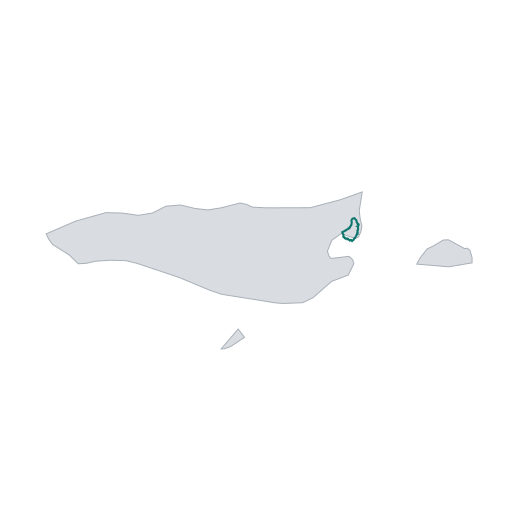 Fatumean, Cova Lima, East Timor (highlighted), rotated 202°
{"feature_id": "22284137B11881161065747", "entity_name": "Fatumean", "entity_type": "district", "adm_level": 2, "iso_a3": "TLS", "parent_name": "East Timor", "parent_adm1": "Cova Lima", "projection": "natural_earth1", "projection_center": [125.027, -9.247], "detail": "fine", "context": "in_parent", "style": "outline", "palette": "teal", "viewbox_px": 512, "rotation_deg": 202, "n_neighbors": 0, "source": "geoboundaries", "source_scale": "gbopen_adm2", "svg_char_len": 4288}
<svg xmlns="http://www.w3.org/2000/svg" viewBox="0 0 512 512"><g transform="rotate(202 256 256)"><path d="M181.5,355.2L177.2,336.4L172.6,328.3L169.1,323.7L167.9,318.0L168.1,312.1L170.2,309.4L185.5,308.6L191.6,299.0L191.6,287.3L188.5,283.4L185.5,281.8L169.7,290.5L165.1,288.9L162.4,285.7L163.3,272.9L176.4,260.8L187.4,238.9L195.2,230.2L213.2,222.1L220.5,219.8L273.1,207.7L285.7,206.9L319.0,207.3L363.6,204.6L374.7,203.0L389.0,197.7L402.8,191.1L410.2,185.9L417.9,182.2L429.3,186.9L448.8,190.5L454.0,193.6L458.9,197.9L436.2,220.9L411.4,240.0L396.1,245.7L380.3,249.6L368.2,257.0L358.1,268.5L345.1,275.0L330.4,277.2L317.9,280.7L306.5,287.5L290.7,299.1L284.3,300.3L277.6,300.0L264.5,304.5L223.8,321.1L199.2,339.5L181.5,355.2ZM53.1,330.6L73.2,318.2L103.9,308.7L103.1,315.7L100.0,326.6L95.3,331.8L88.3,341.0L83.7,343.1L65.3,341.0L63.0,342.4L59.8,341.4L55.1,335.5L53.1,330.6ZM253.5,156.8L245.2,181.6L236.2,176.3L245.7,162.4L250.4,158.2L253.5,156.8Z" fill="#d9dde1" stroke="#a8b0b8" stroke-width="1"/><path d="M184.9,310.4L184.8,310.2L184.7,310.1L184.6,309.8L184.4,309.6L184.3,309.4L183.8,309.2L183.7,309.1L183.5,308.9L183.4,308.8L183.2,308.7L182.9,308.5L182.8,308.4L182.9,308.2L182.7,307.9L182.6,307.7L182.5,307.4L182.4,307.3L182.3,307.2L182.3,306.6L182.2,306.6L181.9,306.5L181.6,306.6L181.4,306.4L181.2,306.4L181.1,306.2L180.9,306.2L180.7,306.2L180.3,306.1L180.2,306.0L180.0,305.9L180.0,305.7L179.8,305.7L179.7,305.7L179.4,305.7L179.4,305.8L179.2,305.7L179.2,305.8L179.1,306.0L178.9,306.0L178.7,306.1L178.4,306.1L178.3,306.3L178.2,306.4L177.8,306.3L177.7,306.3L177.4,306.4L177.4,306.1L177.2,306.1L177.2,305.9L176.8,305.8L176.5,305.7L176.3,305.8L176.3,306.0L176.0,306.0L175.8,305.9L175.7,305.9L175.4,305.8L175.2,305.8L174.8,305.8L174.7,305.7L174.6,306.0L174.5,306.3L174.4,306.4L174.1,306.5L173.7,306.4L173.4,306.2L173.2,306.1L173.0,306.4L172.8,306.3L172.7,306.3L172.5,306.2L172.4,306.1L172.3,306.3L172.2,306.6L172.0,306.8L171.8,307.0L171.7,307.4L171.7,307.5L171.5,308.0L171.5,308.3L171.6,308.6L171.6,308.8L171.6,309.0L171.5,309.3L171.4,309.3L171.3,309.5L171.1,309.8L171.0,310.0L170.9,310.1L170.9,310.4L170.9,310.7L170.9,311.0L170.7,311.6L170.7,311.9L170.7,312.1L170.7,312.5L170.6,312.8L170.6,313.0L170.7,313.3L170.6,313.6L170.7,313.8L170.7,314.0L170.6,314.3L170.4,314.4L170.3,314.5L170.2,314.4L170.1,314.5L170.3,314.7L170.3,314.8L170.5,315.0L170.8,315.2L170.8,315.3L170.8,315.5L170.8,315.8L170.8,316.0L170.7,316.1L170.9,316.3L171.0,316.5L171.2,316.9L171.1,317.0L171.1,317.3L171.1,317.5L171.3,317.7L171.4,318.0L171.5,318.0L171.5,318.3L171.5,318.5L171.4,318.9L171.5,319.0L171.6,319.3L171.6,319.6L171.7,319.9L171.7,320.0L171.8,320.1L172.0,320.3L172.2,320.5L172.3,320.7L172.4,320.8L172.5,321.1L172.6,321.3L172.7,321.6L172.8,321.6L172.7,321.7L172.8,321.8L172.7,321.9L172.7,322.0L172.6,322.3L172.5,322.5L172.4,322.8L172.4,323.0L172.5,323.4L172.5,323.5L172.8,323.7L172.9,323.8L173.0,323.7L173.4,323.6L173.8,323.7L173.9,323.9L174.0,324.0L174.3,324.5L174.5,324.5L174.9,324.7L175.0,324.8L175.2,325.0L175.4,325.1L175.5,325.4L175.8,325.7L175.8,325.9L175.8,326.1L175.9,326.3L176.2,326.5L176.4,326.6L176.5,326.8L176.7,327.0L177.2,327.1L177.5,327.2L177.7,327.3L177.8,327.4L178.0,327.5L178.3,327.6L178.6,327.7L178.7,327.8L178.8,327.9L178.9,328.0L179.0,328.0L179.2,327.8L179.4,327.7L179.5,327.5L179.7,327.3L179.9,327.3L180.0,327.2L180.3,326.8L180.5,326.6L180.7,326.3L180.7,326.2L180.8,325.8L180.8,325.7L180.8,325.1L180.8,324.6L180.7,324.5L180.7,324.3L180.6,324.2L180.3,324.0L180.2,323.9L180.1,323.7L180.0,323.3L180.0,323.1L179.9,323.0L179.7,322.8L179.7,322.7L179.6,322.4L179.5,322.0L179.4,321.4L179.5,321.2L179.5,320.9L179.4,320.8L179.3,320.7L179.2,320.6L179.4,320.2L179.3,319.9L179.3,319.7L179.5,319.2L179.5,318.9L179.8,318.4L179.7,318.1L179.7,317.9L179.6,317.7L179.7,317.4L179.8,317.2L179.8,316.9L180.0,316.9L180.0,316.7L180.3,316.5L180.2,316.4L180.3,316.2L180.5,315.8L180.6,315.6L180.8,315.5L181.0,315.3L181.1,315.2L181.3,315.0L181.4,314.9L181.5,314.7L181.8,314.5L181.9,314.3L181.9,314.1L182.1,314.0L182.1,313.8L182.1,313.7L182.3,313.5L182.4,313.4L182.4,313.2L182.5,313.1L182.8,313.0L182.8,312.8L183.0,312.6L183.1,312.4L183.3,312.3L183.3,312.2L183.5,312.1L183.6,311.9L183.7,311.7L184.1,311.2L184.3,311.2L184.5,311.0L184.6,310.9L184.7,310.5L184.9,310.4Z" fill="none" stroke="#0f766e" stroke-width="2"/></g></svg>